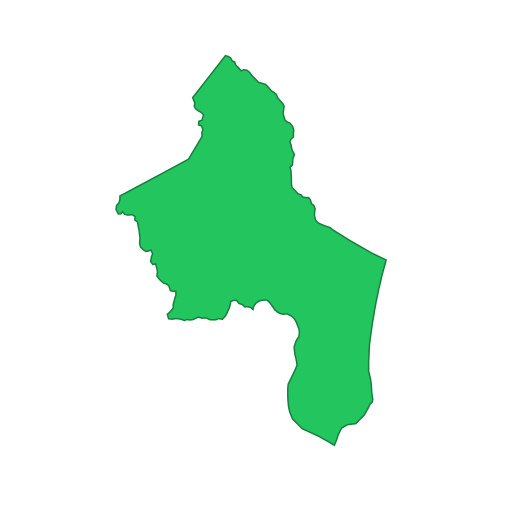 Estância, Sergipe, Brazil (Natural Earth projection), rotated 347°
{"feature_id": "56859067B51129873984298", "entity_name": "Estância", "entity_type": "district", "adm_level": 2, "iso_a3": "BRA", "parent_name": "Brazil", "parent_adm1": "Sergipe", "projection": "natural_earth1", "projection_center": [-37.403, -11.256], "detail": "fine", "context": "isolated", "style": "filled", "palette": "green", "viewbox_px": 512, "rotation_deg": 347, "n_neighbors": 0, "source": "geoboundaries", "source_scale": "gbopen_adm2", "svg_char_len": 3136}
<svg xmlns="http://www.w3.org/2000/svg" viewBox="0 0 512 512"><g transform="rotate(347 256 256)"><path d="M156.7,297.5L160.1,298.7L163.5,298.9L165.9,299.6L168.8,300.8L171.9,302.8L174.3,302.3L176.9,303.4L179.7,303.8L182.8,303.3L186.0,302.5L189.5,304.5L193.5,305.1L196.7,307.7L199.9,308.5L202.6,309.1L205.6,308.6L209.0,310.1L212.3,307.9L214.3,305.9L216.1,303.4L217.9,301.2L219.9,297.6L221.3,294.5L224.6,294.2L227.2,295.1L228.7,298.4L231.9,300.3L233.6,303.1L236.0,303.4L239.0,304.7L241.0,307.5L242.5,304.5L245.4,301.9L249.0,300.6L252.1,300.5L256.5,301.2L258.4,303.6L260.3,307.7L262.2,312.7L264.4,315.6L266.6,317.5L269.4,318.9L273.0,319.2L277.2,322.6L279.4,326.1L280.4,329.7L280.9,333.4L281.4,336.7L281.2,339.8L279.7,344.0L276.1,347.6L272.6,353.3L271.8,360.4L271.9,365.0L271.5,371.5L269.1,374.9L263.7,381.8L258.6,388.0L257.1,392.5L255.6,399.0L254.7,403.6L253.8,410.2L253.8,415.4L254.2,418.4L255.0,423.1L260.0,431.1L262.2,434.7L275.7,445.1L285.4,453.8L289.7,458.1L293.0,453.5L296.0,448.5L300.7,442.9L307.3,440.9L312.8,441.5L315.5,441.8L325.7,435.3L331.4,429.1L333.7,426.1L336.1,424.7L337.5,422.2L337.8,417.8L338.1,414.7L339.3,408.0L339.9,401.9L339.9,398.3L339.8,393.8L342.1,383.8L343.2,380.1L344.2,376.5L345.4,372.1L347.0,366.8L348.8,362.1L350.8,356.7L352.6,352.1L353.9,348.7L355.7,344.3L357.8,339.4L359.5,335.1L361.2,331.3L362.7,327.7L364.7,323.5L366.2,320.3L367.8,316.5L369.7,312.8L371.6,309.0L374.1,303.8L376.1,300.0L378.2,296.1L380.6,291.7L381.9,289.2L369.3,279.1L365.9,275.9L363.3,273.5L361.3,271.6L358.7,269.2L351.1,262.2L337.0,248.1L334.5,244.9L330.3,242.4L326.6,239.8L323.5,237.2L322.1,234.3L322.0,229.9L323.0,226.3L324.2,223.5L323.8,219.9L321.9,217.5L321.6,213.7L320.4,210.9L317.9,210.4L314.9,209.1L313.6,206.5L310.9,204.8L309.1,201.5L306.5,197.4L306.8,193.5L307.7,189.5L308.5,185.1L309.2,180.9L309.3,176.8L311.7,175.9L312.8,173.1L313.7,169.7L316.3,165.8L314.9,160.5L315.2,155.6L314.7,152.7L316.4,150.0L319.3,148.4L320.0,145.1L321.1,141.7L320.8,137.8L318.8,134.0L316.5,132.4L314.9,130.2L314.5,126.3L314.6,122.6L315.8,119.7L317.1,116.4L316.4,113.6L314.7,110.5L312.7,106.8L312.2,103.2L310.5,101.0L308.0,98.3L305.7,93.8L304.0,91.0L301.3,89.4L297.4,87.2L295.4,83.7L292.9,79.9L291.1,75.7L289.0,73.0L286.0,71.8L283.3,72.2L281.2,68.5L279.2,65.5L278.9,62.1L276.6,60.4L275.9,57.4L273.8,55.3L271.3,53.9L242.5,77.3L229.9,87.4L230.8,93.3L229.5,96.2L230.3,98.9L232.2,101.4L235.2,104.0L236.6,106.7L233.9,111.5L230.6,111.9L229.5,115.3L232.2,117.0L232.7,120.6L231.0,123.7L230.3,127.4L212.0,146.5L187.6,153.2L176.5,156.2L136.9,166.9L136.1,170.4L134.3,173.4L131.6,175.3L130.1,179.0L131.3,184.0L133.7,184.6L136.0,182.8L137.2,185.6L140.2,187.3L144.7,187.9L147.2,190.5L145.9,193.6L148.2,196.2L147.9,200.4L147.9,204.6L147.4,208.3L147.1,212.1L145.4,217.6L145.5,221.4L147.5,224.5L149.7,226.8L152.3,227.0L154.9,226.6L155.8,230.4L153.8,233.5L152.1,237.7L153.6,241.1L156.4,241.1L156.6,246.2L156.4,249.4L154.9,253.2L156.6,256.9L158.4,259.7L160.2,261.9L162.9,263.4L164.4,265.6L164.8,270.5L167.5,271.9L170.0,272.3L169.2,275.9L167.2,279.3L164.4,284.7L163.5,288.3L159.2,291.4L156.5,292.8L156.7,297.5Z" fill="#22c55e" stroke="#15803d" stroke-width="1.5"/></g></svg>